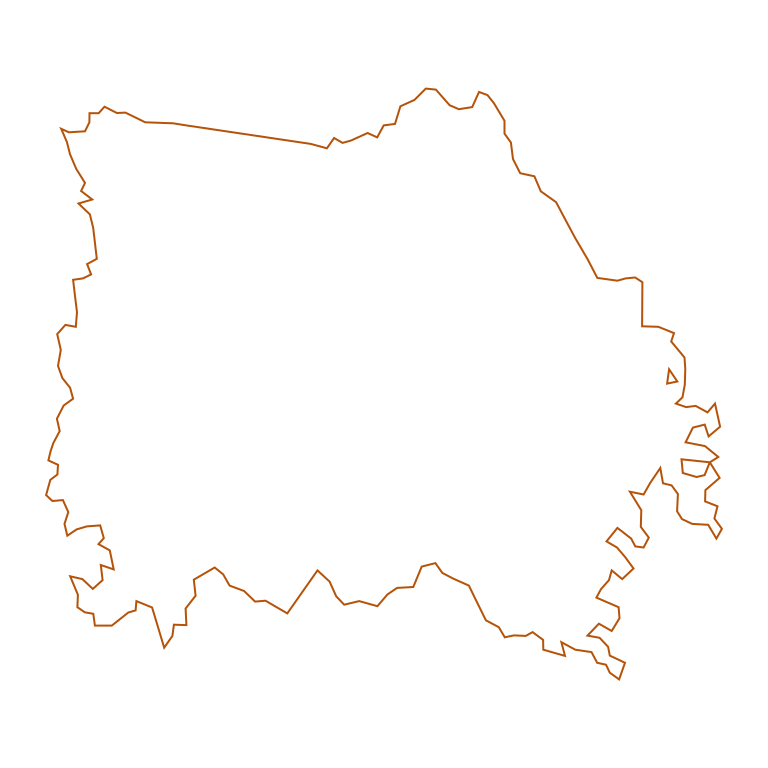 outline of Não-Me-Toque, Rio Grande do Sul, Brazil
{"feature_id": "56859067B13255283140356", "entity_name": "Não-Me-Toque", "entity_type": "district", "adm_level": 2, "iso_a3": "BRA", "parent_name": "Brazil", "parent_adm1": "Rio Grande do Sul", "projection": "natural_earth1", "projection_center": [-52.81, -28.462], "detail": "fine", "context": "isolated", "style": "outline", "palette": "amber", "viewbox_px": 768, "rotation_deg": 0, "n_neighbors": 0, "source": "geoboundaries", "source_scale": "gbopen_adm2", "svg_char_len": 2803}
<svg xmlns="http://www.w3.org/2000/svg" viewBox="0 0 768 768"><path d="M61.2,128.8L66.9,142.0L70.0,154.2L76.2,168.8L85.0,182.9L81.1,191.0L92.2,199.5L78.5,203.5L89.9,214.4L93.2,227.9L96.8,258.8L87.1,264.1L91.1,274.4L83.0,278.4L73.1,279.8L75.0,296.0L77.0,312.2L75.8,326.8L65.4,324.9L57.2,334.1L60.8,349.9L58.0,365.9L62.4,378.1L70.1,387.8L73.1,398.7L63.7,405.5L56.9,418.7L59.7,431.1L53.3,443.1L50.5,451.5L48.4,460.4L58.0,464.8L57.4,474.5L50.3,479.9L46.1,495.1L52.4,501.0L62.9,500.1L68.3,512.1L64.5,523.9L67.3,535.7L76.6,529.4L86.8,526.4L100.2,525.4L103.8,538.2L98.5,544.1L109.8,550.4L113.7,569.4L100.8,565.0L102.6,580.1L92.8,588.9L82.4,579.1L70.2,576.3L77.9,594.8L77.4,607.2L84.8,612.3L93.3,613.8L94.9,625.6L111.8,625.6L128.3,612.5L135.6,610.4L136.4,601.1L152.1,607.5L164.2,647.7L172.4,635.9L173.9,624.7L186.4,625.1L185.6,608.5L195.6,595.7L193.8,579.7L214.7,567.5L223.2,574.4L229.6,585.6L244.1,591.0L255.1,601.6L265.5,600.7L287.3,613.4L317.5,570.4L329.6,581.6L336.2,596.3L344.2,604.7L359.2,601.1L377.4,606.2L387.5,594.4L397.1,587.9L413.3,587.0L421.7,566.6L435.4,563.1L442.3,572.9L453.2,578.6L468.9,585.6L475.0,598.2L485.9,620.3L498.8,627.2L504.8,637.3L514.0,635.4L525.8,635.9L532.6,632.1L543.1,639.9L543.3,649.7L565.0,655.9L561.4,642.2L575.3,649.7L591.5,652.1L597.2,662.8L606.0,664.7L609.8,672.7L619.1,679.4L625.0,662.8L609.8,655.6L608.1,646.8L599.6,637.8L587.5,635.6L598.9,623.7L611.7,631.0L619.5,618.2L618.6,607.2L596.4,597.6L601.0,589.1L609.0,580.1L611.7,570.4L622.2,579.1L633.5,568.5L625.1,557.0L617.0,547.5L606.5,541.4L617.4,527.9L631.2,538.6L635.3,546.4L643.6,547.5L648.8,537.6L640.8,526.9L641.3,510.2L629.9,491.7L643.6,494.5L650.2,482.9L660.3,468.0L663.0,483.3L671.6,485.4L677.9,494.0L677.1,511.3L682.0,519.1L692.2,523.9L708.2,524.8L716.4,538.6L721.9,528.8L714.4,518.5L717.5,506.3L705.1,501.4L705.4,490.1L719.6,477.9L709.8,462.3L718.3,457.0L705.0,446.1L685.6,442.3L692.9,427.6L704.7,424.6L708.6,436.4L720.1,426.7L715.0,403.6L707.5,412.4L695.7,405.9L686.1,407.1L675.9,403.6L682.5,397.3L684.8,384.6L685.3,368.9L684.5,357.5L671.2,341.5L674.0,333.1L658.3,326.8L642.1,326.3L642.4,282.2L635.2,277.5L625.6,278.4L617.4,280.7L597.3,277.9L587.7,259.4L575.4,238.4L566.6,222.0L556.1,202.2L540.8,191.3L534.4,176.3L520.2,173.2L513.0,159.1L510.9,142.5L504.5,133.6L504.5,120.8L494.0,103.3L487.5,95.1L479.0,92.0L472.2,107.1L458.9,109.2L449.6,105.2L435.9,89.6L425.8,88.6L414.5,99.9L400.4,106.3L395.0,123.9L383.7,125.4L377.2,137.4L367.6,133.0L351.1,140.5L342.6,142.9L334.1,138.0L326.9,148.3L310.7,143.9L186.3,125.4L173.1,123.3L145.2,122.3L125.4,112.6L116.9,113.0L104.5,106.7L98.7,113.2L89.5,113.2L89.4,122.3L85.0,131.3L68.9,132.3L61.2,128.8ZM709.8,462.3L704.6,475.1L696.6,477.0L682.8,473.0L681.5,459.3L709.8,462.3ZM677.3,381.5L667.1,383.6L669.1,369.3L677.3,381.5Z" fill="none" stroke="#b45309" stroke-width="2"/></svg>